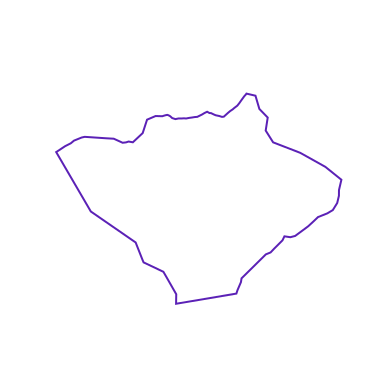 Sunbilt, Castries, Saint Lucia (Robinson projection), rotated 198°
{"feature_id": "8701671B71920498975173", "entity_name": "Sunbilt", "entity_type": "district", "adm_level": 2, "iso_a3": "LCA", "parent_name": "Saint Lucia", "parent_adm1": "Castries", "projection": "robinson", "projection_center": [-60.979, 14.006], "detail": "fine", "context": "isolated", "style": "outline", "palette": "violet", "viewbox_px": 384, "rotation_deg": 198, "n_neighbors": 0, "source": "geoboundaries", "source_scale": "gbopen_adm2", "svg_char_len": 1215}
<svg xmlns="http://www.w3.org/2000/svg" viewBox="0 0 384 384"><g transform="rotate(198 192 192)"><path d="M172.6,80.8L118.4,109.1L118.4,112.6L117.6,121.4L118.2,125.2L102.5,155.5L98.6,158.8L96.3,163.6L91.0,174.0L90.4,178.4L84.5,179.4L80.3,182.1L70.9,195.3L67.3,201.7L64.4,207.1L56.7,213.5L52.5,218.3L50.5,226.4L51.1,233.8L52.8,239.2L53.7,249.8L72.9,257.1L101.2,262.7L130.2,264.3L140.9,273.2L143.0,286.2L153.6,291.8L161.4,303.2L170.6,302.4L170.9,301.4L171.9,299.2L173.1,295.5L173.7,293.6L174.5,291.0L175.6,288.1L177.8,284.9L178.8,283.2L180.7,280.8L182.2,278.4L185.0,273.5L186.7,272.7L189.5,272.7L193.2,272.3L195.4,272.5L198.2,272.9L199.8,272.5L202.4,273.0L204.5,271.0L206.4,268.8L210.2,265.1L212.6,264.1L214.9,262.9L217.6,261.6L220.3,260.1L222.4,259.6L224.9,258.6L227.5,257.8L230.3,256.2L233.7,256.2L236.1,257.3L238.0,257.7L239.4,257.7L241.1,256.7L242.7,255.6L243.6,254.9L250.1,253.0L257.1,246.9L257.1,232.8L263.6,221.0L267.9,220.4L270.1,218.8L273.2,217.4L282.9,218.5L290.1,216.6L311.1,211.3L313.8,209.7L320.1,204.4L322.3,200.9L326.8,196.4L333.5,188.0L282.2,142.2L230.0,126.6L218.3,112.4L216.3,110.1L195.6,107.4L194.6,107.3L189.9,103.1L175.4,89.9L172.6,80.8Z" fill="none" stroke="#5b21b6" stroke-width="2"/></g></svg>